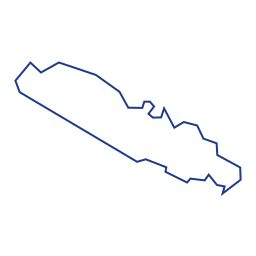 Aerodrom, Gazi Baba, North Macedonia (Equal Earth projection)
{"feature_id": "65306769B95040273905804", "entity_name": "Aerodrom", "entity_type": "district", "adm_level": 2, "iso_a3": "MKD", "parent_name": "North Macedonia", "parent_adm1": "Gazi Baba", "projection": "equal_earth", "projection_center": [21.518, 41.968], "detail": "fine", "context": "isolated", "style": "outline", "palette": "blue", "viewbox_px": 256, "rotation_deg": 0, "n_neighbors": 0, "source": "geoboundaries", "source_scale": "gbopen_adm2", "svg_char_len": 546}
<svg xmlns="http://www.w3.org/2000/svg" viewBox="0 0 256 256"><path d="M240.6,179.8L240.2,167.5L217.3,155.0L216.6,143.3L203.4,138.6L197.2,125.5L183.8,122.0L174.3,127.7L164.1,108.4L161.1,117.4L152.9,117.6L148.5,113.8L154.1,106.5L149.9,101.7L144.3,101.7L142.3,107.9L128.3,107.7L119.5,91.8L95.8,74.9L58.9,62.5L41.0,72.5L30.4,62.6L15.4,80.7L19.7,92.2L137.1,161.8L145.8,159.3L166.3,167.3L165.5,171.8L187.1,182.5L190.4,178.6L204.7,180.4L208.7,174.7L217.0,185.0L224.6,186.4L222.6,193.5L240.6,179.8Z" fill="none" stroke="#1e3a8a" stroke-width="2"/></svg>